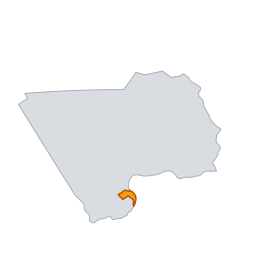 where Benghazi sits in Libya, rotated 150°
{"feature_id": "LBY-2984", "entity_name": "Benghazi", "entity_type": "Municipality", "adm_level": 1, "iso_a3": "LBY", "parent_name": "Libya", "parent_adm1": "", "projection": "orthographic", "projection_center": [20.37, 31.785], "detail": "fine", "context": "in_parent", "style": "filled", "palette": "amber", "viewbox_px": 256, "rotation_deg": 150, "n_neighbors": 0, "source": "natural_earth", "source_scale": "10m", "svg_char_len": 3724}
<svg xmlns="http://www.w3.org/2000/svg" viewBox="0 0 256 256"><g transform="rotate(150 128 128)"><path d="M50.3,79.3L51.5,78.8L53.3,78.3L54.2,77.9L54.6,77.5L56.0,75.8L56.8,74.8L57.8,73.5L58.3,72.6L58.4,71.7L58.4,70.6L57.9,68.0L57.6,65.5L58.1,64.5L58.5,64.1L59.4,63.0L59.7,62.8L61.4,62.6L62.2,61.9L62.8,60.9L62.9,60.4L63.7,60.0L64.6,59.5L65.2,58.9L67.1,57.9L68.8,57.1L70.7,56.2L72.2,55.5L72.6,54.8L72.6,54.2L72.0,52.8L72.1,51.2L72.3,49.8L72.4,49.0L72.9,46.8L73.0,46.5L74.4,47.4L75.9,47.8L80.3,50.9L81.7,51.3L84.9,51.9L88.7,51.0L90.1,50.9L92.6,52.1L93.6,52.5L95.5,52.7L98.6,53.9L99.4,54.2L101.1,55.9L102.0,56.4L108.5,58.1L109.3,59.1L110.1,60.9L110.1,63.2L110.5,64.8L111.2,66.9L112.2,68.5L113.2,69.7L114.4,70.6L117.3,71.8L120.6,72.4L123.9,72.6L129.6,74.4L134.4,76.3L135.6,77.2L138.0,78.2L142.8,82.5L145.5,84.0L147.4,84.3L149.1,84.1L152.1,82.6L153.4,81.8L156.4,78.1L157.4,76.2L157.8,74.8L157.7,73.5L157.4,72.2L156.5,70.9L155.9,69.2L155.6,66.1L156.1,64.0L156.7,62.7L157.6,61.4L160.1,58.9L162.5,57.1L166.9,54.8L169.4,54.8L170.5,54.5L172.6,52.9L173.4,52.8L174.6,53.2L178.0,53.0L179.5,53.4L181.4,54.4L183.7,55.0L185.3,55.6L187.0,56.4L187.5,58.4L187.3,59.0L187.3,59.7L189.1,61.1L194.2,61.6L195.2,61.9L196.7,62.9L197.6,63.2L201.1,63.2L203.1,62.9L205.0,63.2L205.8,63.6L206.6,64.4L207.5,66.3L207.9,67.0L207.6,67.3L207.0,68.1L206.7,68.7L205.8,69.8L205.1,70.9L205.2,72.5L205.5,74.1L206.1,75.7L206.6,77.4L206.5,78.6L206.2,80.0L205.8,81.2L204.3,83.7L204.1,84.3L204.2,85.1L205.3,88.0L205.4,88.9L206.1,91.6L206.7,93.9L207.3,95.7L207.4,96.2L207.5,98.8L207.6,101.4L207.7,104.1L207.8,106.7L207.9,109.4L208.0,112.0L208.1,114.6L208.2,117.3L208.3,119.9L208.4,122.5L208.5,125.2L208.6,127.8L208.7,130.4L208.8,133.1L208.9,135.7L209.0,138.3L209.1,141.0L209.2,143.6L209.2,146.2L209.3,148.8L209.4,151.4L209.5,154.1L209.6,156.7L209.7,159.3L209.8,161.9L209.9,164.5L209.9,167.2L210.0,169.8L210.1,172.4L210.2,175.0L210.3,177.6L210.3,180.2L210.5,186.0L210.7,191.7L210.9,197.5L211.0,203.3L210.9,203.3L208.2,203.4L205.4,203.6L202.7,203.7L200.0,203.7L200.0,205.2L200.0,206.6L200.1,208.1L200.1,209.5L194.7,206.9L189.4,204.4L184.1,201.7L178.7,199.1L173.4,196.4L168.1,193.8L162.9,191.0L157.6,188.3L152.4,185.5L147.1,182.7L141.9,179.9L136.7,177.1L131.6,174.2L126.4,171.3L121.3,168.4L116.2,165.5L112.7,163.5L108.8,165.1L105.7,166.5L101.7,168.2L97.0,170.4L93.4,172.2L93.1,172.1L89.6,168.6L86.9,165.9L85.6,165.1L80.3,163.5L75.1,161.8L69.6,160.1L68.7,157.9L67.7,155.5L66.4,152.5L65.6,150.7L65.3,150.4L61.1,148.6L56.8,146.9L54.1,147.5L53.7,147.4L53.0,146.8L52.3,146.0L52.0,145.0L51.0,143.6L50.3,140.4L50.4,138.0L50.2,137.1L48.2,133.5L46.4,130.2L45.2,128.0L45.0,127.0L45.2,125.9L45.9,124.9L48.0,123.9L49.9,122.7L50.2,121.8L50.6,119.3L50.0,118.5L49.7,116.9L49.5,114.8L49.5,113.5L50.5,111.0L51.7,108.4L51.4,105.3L51.5,99.2L52.2,94.5L52.1,92.7L52.0,92.0L51.6,89.7L51.1,87.3L50.8,86.4L50.1,84.5L48.7,82.0L48.0,80.5L49.2,79.8L50.3,79.3Z" fill="#d9dde1" stroke="#a8b0b8" stroke-width="1"/><path d="M157.7,73.1L157.6,72.9L157.4,72.1L157.2,71.8L156.7,71.3L156.5,71.1L155.9,69.2L155.8,68.7L155.8,68.2L155.6,67.5L155.5,67.3L155.5,66.8L155.5,66.3L155.7,65.3L155.8,64.8L155.8,64.7L155.7,64.5L155.8,64.4L155.9,64.2L156.8,62.3L157.1,61.9L159.0,60.0L159.1,59.7L159.6,59.2L159.8,59.0L160.2,58.9L160.4,58.7L160.5,58.6L162.0,57.4L162.1,57.5L162.0,58.8L161.5,59.6L160.6,60.4L159.9,61.4L159.5,62.7L159.4,63.6L159.9,64.8L160.5,66.1L161.0,67.1L161.4,68.3L161.8,68.9L163.2,69.2L164.0,68.8L164.8,68.8L166.1,68.9L167.3,68.8L167.8,68.7L168.5,69.4L168.6,70.3L168.8,71.5L169.3,72.5L169.6,75.3L165.7,75.2L163.8,75.6L162.3,75.7L161.6,75.5L160.5,74.7L159.8,73.7L159.3,73.0L158.2,72.7L157.7,72.7L157.7,72.8L157.8,72.9L157.8,73.0L157.7,73.1Z" fill="#f59e0b" stroke="#b45309" stroke-width="1.5"/></g></svg>